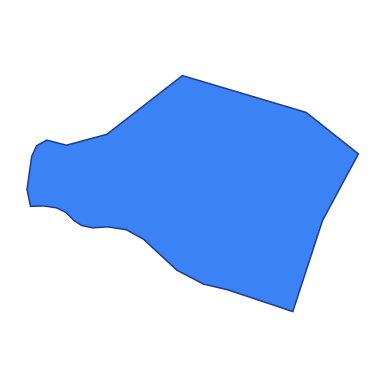 SVG path tracing the border of Šempeter-Vrtojba, rotated 182°
{"feature_id": "SVN-261", "entity_name": "Šempeter-Vrtojba", "entity_type": "Municipality", "adm_level": 1, "iso_a3": "SVN", "parent_name": "Slovenia", "parent_adm1": "", "projection": "natural_earth1", "projection_center": [13.656, 45.922], "detail": "fine", "context": "isolated", "style": "filled", "palette": "blue", "viewbox_px": 384, "rotation_deg": 182, "n_neighbors": 0, "source": "natural_earth", "source_scale": "10m", "svg_char_len": 464}
<svg xmlns="http://www.w3.org/2000/svg" viewBox="0 0 384 384"><g transform="rotate(182 192 192)"><path d="M27.0,235.9L60.5,168.2L87.1,76.0L153.4,95.6L177.2,100.3L204.5,113.4L238.8,143.1L256.4,152.0L275.0,154.2L290.2,152.7L301.2,154.7L308.8,159.2L316.9,167.0L326.8,171.4L339.6,172.9L352.9,172.0L357.0,188.9L353.5,221.8L348.9,232.9L339.0,238.8L319.2,234.4L279.1,246.7L205.7,308.0L80.7,275.5L27.0,235.9Z" fill="#3b82f6" stroke="#1e3a8a" stroke-width="1.5"/></g></svg>